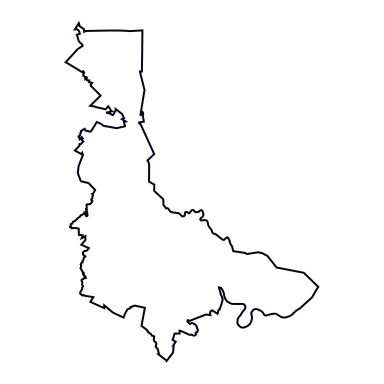 outline of Jonuta, Tabasco, Mexico
{"feature_id": "50627088B39502895384690", "entity_name": "Jonuta", "entity_type": "district", "adm_level": 2, "iso_a3": "MEX", "parent_name": "Mexico", "parent_adm1": "Tabasco", "projection": "robinson", "projection_center": [-92.185, 18.135], "detail": "fine", "context": "isolated", "style": "outline", "palette": "ink", "viewbox_px": 384, "rotation_deg": 0, "n_neighbors": 0, "source": "geoboundaries", "source_scale": "gbopen_adm2", "svg_char_len": 5867}
<svg xmlns="http://www.w3.org/2000/svg" viewBox="0 0 384 384"><path d="M74.9,29.4L76.2,29.2L77.1,29.4L77.8,29.9L78.9,30.9L79.3,31.9L79.8,33.8L76.9,34.7L78.7,41.0L79.7,42.3L82.2,44.5L82.7,45.8L77.7,49.1L65.7,62.2L82.6,72.4L82.9,71.6L83.3,71.3L84.1,72.4L83.2,75.0L83.3,75.9L84.1,76.1L84.8,77.0L85.1,77.3L85.2,78.5L86.1,77.1L86.8,77.6L86.6,78.0L86.8,80.0L87.3,80.4L89.3,80.4L89.3,81.6L89.1,82.2L92.1,82.9L90.9,84.3L90.8,85.3L90.6,85.6L100.6,95.6L90.2,105.8L94.0,106.4L96.2,107.1L105.6,109.3L108.2,106.3L110.1,108.8L110.8,110.5L111.9,111.3L106.9,112.5L106.9,112.8L110.3,113.7L111.8,114.7L113.0,115.1L115.8,110.0L115.7,109.1L122.1,114.0L124.0,118.3L122.0,119.2L125.7,121.5L123.9,121.9L125.0,126.3L116.6,128.2L108.8,126.7L103.9,126.0L102.8,125.3L101.5,124.1L96.8,122.0L91.5,130.6L90.6,131.7L85.6,130.6L84.6,128.8L81.1,130.9L81.3,131.4L81.0,132.3L80.6,132.4L80.0,135.4L78.5,136.4L79.7,139.2L81.7,137.1L82.8,138.6L81.7,139.8L83.3,141.5L81.0,143.9L79.5,144.1L79.5,145.6L74.9,150.5L81.4,154.1L82.2,152.8L82.8,154.6L83.0,154.7L78.6,166.2L77.8,173.1L80.8,181.2L88.6,183.1L95.2,190.0L93.6,192.8L92.9,193.7L92.2,194.0L93.0,195.2L92.8,195.8L92.3,196.5L92.5,197.1L92.4,197.9L91.2,199.8L91.3,200.1L92.4,201.0L92.2,201.8L90.2,204.1L87.3,204.4L86.5,204.7L86.7,207.3L86.7,207.9L86.1,208.8L86.7,209.4L86.0,209.8L85.9,210.2L86.1,210.6L87.0,211.4L87.1,211.7L87.1,212.8L87.6,215.2L87.3,215.9L86.8,216.2L86.0,216.0L85.8,215.6L85.7,214.7L85.2,213.9L85.6,213.1L85.6,212.7L84.9,212.4L84.2,212.5L84.2,213.2L84.1,213.6L81.5,215.2L80.6,215.3L79.9,216.8L78.0,217.9L77.3,218.9L76.2,219.6L75.4,220.7L72.8,221.9L72.3,223.6L71.8,223.9L70.7,224.2L70.7,225.7L70.0,226.9L70.0,227.1L71.4,227.2L71.6,227.4L71.6,228.2L75.8,228.0L78.7,228.7L78.9,234.9L82.7,235.2L81.7,238.2L85.4,236.2L85.3,240.2L81.3,244.7L88.9,248.1L87.2,250.3L84.6,251.2L83.9,251.4L83.0,252.5L82.9,253.2L83.1,254.6L84.2,255.4L85.3,256.5L84.1,257.3L83.9,258.1L83.5,258.9L83.4,259.9L82.5,260.9L82.7,262.3L81.5,262.7L81.2,263.2L81.2,264.1L80.7,264.6L81.2,266.0L80.9,267.4L80.5,268.0L80.5,268.3L81.4,269.4L81.7,270.5L82.5,271.5L82.8,272.4L83.6,272.7L83.6,273.0L83.1,273.4L83.0,273.7L83.0,274.3L83.2,274.6L84.0,274.6L84.1,275.1L84.0,275.7L84.8,276.0L85.2,276.7L85.8,277.2L86.0,277.8L85.8,278.2L85.5,278.3L84.4,278.0L84.1,278.1L83.5,278.5L83.2,279.1L81.8,279.6L81.5,280.2L81.5,280.7L82.3,282.0L82.1,284.7L82.3,285.3L82.9,285.8L83.1,286.4L82.4,287.2L82.0,289.2L80.1,292.7L80.1,293.4L80.3,293.8L82.5,295.5L83.4,295.0L84.1,295.5L84.6,295.5L85.0,295.8L93.3,297.1L90.4,301.9L104.2,308.1L104.2,305.3L113.1,312.7L123.7,317.6L124.6,314.7L125.7,312.4L127.4,309.4L130.7,307.9L130.6,307.1L134.9,305.6L144.9,307.8L141.5,325.8L147.1,330.1L147.2,330.5L147.6,330.9L148.1,332.2L148.7,332.6L149.4,332.7L149.9,333.5L151.1,334.2L152.1,335.8L154.0,336.2L154.3,337.1L153.7,339.0L153.9,340.0L154.2,341.1L155.1,342.0L155.9,342.3L156.3,343.5L156.3,344.4L156.0,345.3L156.0,346.0L155.7,346.5L156.0,347.2L157.9,349.2L157.8,350.0L158.3,351.1L158.6,352.9L159.0,353.5L158.7,353.9L158.2,354.1L166.3,360.5L166.6,361.0L173.1,352.5L173.5,347.2L173.8,346.2L173.8,345.1L173.5,345.2L175.7,341.7L172.7,339.9L174.6,333.6L179.6,333.6L179.6,330.7L182.0,331.4L189.2,334.7L191.1,334.8L191.5,334.6L193.0,335.4L193.7,335.6L194.5,335.6L195.3,335.2L195.7,334.7L195.9,334.2L195.6,333.1L195.7,332.7L196.0,332.4L196.5,332.5L197.0,332.3L197.5,331.6L197.9,330.0L197.1,328.3L196.7,326.5L196.1,325.4L194.7,324.2L192.6,323.1L191.4,323.1L190.5,323.8L189.7,323.8L187.6,321.8L187.4,320.7L187.7,320.2L188.3,320.2L188.9,320.6L189.8,320.8L206.0,314.5L210.4,315.1L210.0,313.1L210.6,311.3L212.2,310.3L217.5,313.8L218.7,309.7L219.6,309.6L221.7,303.5L222.7,299.3L221.8,296.6L220.9,294.6L219.0,287.4L220.8,287.8L222.0,289.2L223.0,291.1L223.8,293.1L224.2,295.6L224.7,297.5L225.4,298.9L225.9,299.8L227.0,301.2L228.3,302.2L230.4,303.3L232.0,303.9L237.1,304.0L242.8,303.9L243.6,304.1L244.8,305.3L245.3,306.6L245.4,307.8L245.2,308.5L242.0,312.7L240.6,315.0L238.3,317.9L237.7,319.1L237.4,322.0L237.4,323.0L237.6,323.7L238.0,324.5L239.5,326.3L241.3,327.4L243.1,327.6L244.4,327.4L247.6,326.0L249.1,324.8L250.2,323.6L250.8,322.3L251.8,319.6L252.0,317.8L251.7,315.6L251.2,313.7L251.3,313.1L252.2,311.2L253.3,309.9L254.5,309.3L255.5,309.0L256.9,309.1L259.1,310.0L261.1,311.0L262.9,312.5L264.2,314.7L264.9,315.3L266.2,315.5L271.7,314.0L275.1,313.6L276.2,314.0L277.5,314.6L280.6,316.7L282.2,317.3L284.2,317.6L286.1,317.3L289.3,316.3L290.4,315.7L292.1,314.6L294.6,312.1L296.8,310.2L298.8,309.0L299.5,308.8L312.1,297.3L316.1,290.2L318.3,286.9L303.8,272.8L276.6,267.5L267.5,256.0L262.2,253.1L258.1,252.3L247.0,254.0L244.9,252.9L233.3,251.2L232.1,246.5L230.6,244.1L229.9,242.5L229.6,240.7L228.1,237.8L227.3,237.3L226.4,237.6L224.4,239.7L222.9,239.8L222.3,239.5L215.7,234.2L213.8,233.7L212.6,232.9L211.5,230.1L210.8,228.9L209.0,226.8L208.3,225.3L207.7,222.3L207.3,221.3L206.6,220.6L205.9,220.2L204.9,220.1L203.8,220.1L202.4,220.5L201.5,220.4L200.6,220.1L200.3,219.3L200.4,218.6L202.7,216.6L203.3,215.5L203.3,213.7L202.8,211.7L202.1,210.7L201.5,210.3L200.8,210.2L199.8,210.8L199.0,211.6L197.5,212.1L196.0,212.2L195.0,211.9L193.6,210.2L193.2,210.0L191.9,210.1L189.3,213.2L188.7,213.2L187.2,212.2L186.4,212.0L185.5,212.1L185.1,212.9L184.7,215.3L184.3,215.7L184.0,216.2L182.9,216.4L182.3,216.3L181.7,215.9L179.5,213.7L178.8,213.2L171.9,212.3L171.1,212.0L170.2,211.4L168.3,208.8L167.5,208.2L166.8,208.2L166.1,208.4L163.5,204.9L163.2,199.2L154.2,190.9L154.3,184.6L149.0,181.6L149.2,165.0L148.6,162.4L147.5,160.4L154.2,154.1L141.0,125.1L140.7,124.4L139.9,123.9L140.2,123.8L139.3,122.4L143.8,121.7L142.9,115.9L142.8,115.6L143.2,114.4L143.1,112.8L142.8,112.4L141.9,115.0L141.1,115.2L140.9,114.6L140.5,114.5L144.5,90.0L139.9,71.5L141.9,71.5L142.2,51.6L142.4,30.4L130.1,31.1L121.9,30.6L114.2,30.5L98.9,30.7L85.1,31.0L85.1,31.3L84.2,31.8L84.0,29.3L79.3,25.8L79.3,24.2L78.8,23.0L74.9,29.4Z" fill="none" stroke="#020617" stroke-width="2"/></svg>